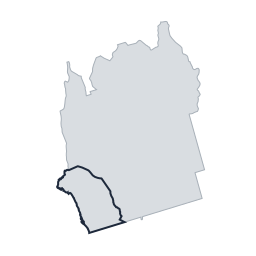 Red Sea highlighted on a map of Sudan, rotated 163°
{"feature_id": "SDN-149", "entity_name": "Red Sea", "entity_type": "State", "adm_level": 1, "iso_a3": "SDN", "parent_name": "Sudan", "parent_adm1": "", "projection": "equal_earth", "projection_center": [36.534, 19.492], "detail": "fine", "context": "in_parent", "style": "outline", "palette": "slate", "viewbox_px": 256, "rotation_deg": 163, "n_neighbors": 0, "source": "natural_earth", "source_scale": "10m", "svg_char_len": 7383}
<svg xmlns="http://www.w3.org/2000/svg" viewBox="0 0 256 256"><g transform="rotate(163 128 128)"><path d="M167.2,208.8L165.3,208.8L165.1,208.2L165.1,206.6L165.3,205.3L166.0,203.3L165.9,202.2L166.0,200.7L165.5,198.9L160.9,193.9L160.0,192.5L157.6,191.2L158.0,189.8L157.0,179.4L157.5,178.2L157.7,176.4L157.7,174.8L158.3,172.2L158.4,171.0L153.5,171.0L153.4,172.1L153.7,173.4L153.6,173.9L146.9,173.9L149.6,178.0L149.7,179.8L149.5,182.0L149.6,183.4L149.7,184.3L150.4,186.2L150.4,186.5L150.2,186.9L145.4,192.3L144.6,194.9L143.9,196.2L142.5,198.4L138.1,204.2L137.4,204.6L134.0,204.8L133.7,204.9L133.4,205.2L130.4,201.7L125.7,197.6L122.5,199.8L121.6,200.5L121.6,202.5L121.1,203.5L120.2,204.6L117.8,205.3L116.6,205.9L115.2,207.0L113.7,208.9L113.6,209.8L113.7,210.7L105.6,210.7L105.1,210.0L103.9,206.9L103.1,207.1L95.7,206.7L94.7,207.1L92.5,208.3L91.5,208.5L90.4,207.9L86.5,201.9L85.7,201.2L84.8,199.7L84.0,199.1L83.7,198.7L83.7,198.0L83.7,196.7L83.4,195.9L82.8,195.7L77.6,197.1L76.8,196.9L75.7,197.2L75.3,197.4L74.9,198.2L74.8,199.9L74.6,200.7L74.2,201.6L72.7,203.6L72.4,204.5L72.4,206.8L72.3,207.9L72.1,208.5L71.4,209.3L71.2,209.8L70.9,212.7L70.0,214.5L69.8,215.1L69.8,216.3L69.6,216.7L67.3,217.7L66.4,218.4L65.8,219.4L65.7,219.8L64.7,219.4L63.4,219.2L60.9,218.9L59.9,218.4L59.5,217.7L59.6,216.0L59.4,215.6L59.0,215.3L58.8,214.5L58.8,213.6L60.2,211.6L60.4,210.5L60.8,205.4L60.8,203.9L59.8,201.0L57.5,196.1L56.9,195.2L54.0,191.1L53.7,190.5L53.0,188.8L53.8,185.1L53.9,184.1L53.7,183.0L53.0,182.2L52.3,182.1L51.5,181.1L50.9,180.6L50.4,179.8L50.1,178.5L50.4,174.2L50.2,173.6L49.5,173.4L49.3,173.1L49.4,172.3L49.0,169.8L48.6,167.7L48.8,166.5L48.2,165.0L47.0,164.3L44.7,164.8L43.9,164.7L43.4,164.5L43.1,163.9L42.9,163.2L43.1,162.2L43.8,160.3L44.7,158.8L46.4,157.4L46.9,156.7L47.2,155.9L47.2,154.9L47.1,153.9L47.0,153.0L46.5,151.8L46.1,150.4L46.1,149.4L46.3,148.8L46.8,147.9L48.5,146.3L50.3,145.0L50.6,144.5L50.5,143.9L49.7,142.8L49.5,140.7L49.1,139.2L50.0,138.1L50.6,137.7L51.7,137.3L52.1,136.9L52.2,136.0L52.2,135.1L52.6,134.5L53.1,133.1L53.5,132.5L54.8,130.9L55.1,129.9L55.3,128.9L55.0,125.9L55.8,124.6L56.7,123.6L58.1,123.6L60.3,123.4L61.8,123.0L62.8,123.0L65.2,123.5L65.5,123.3L65.6,122.5L67.0,65.7L76.8,65.7L77.0,65.6L77.7,39.0L139.5,39.0L140.0,38.9L141.0,36.4L141.4,36.2L142.0,36.4L142.2,36.9L141.7,39.0L195.6,39.0L195.7,42.0L196.2,44.4L197.7,47.9L199.0,49.8L199.5,50.8L199.5,51.3L199.4,51.7L199.0,51.2L198.4,50.9L198.3,52.5L198.6,55.8L199.2,58.2L198.8,60.3L198.8,64.0L199.5,68.4L199.4,71.2L200.5,77.8L201.6,81.4L202.2,82.3L202.9,82.8L204.2,83.1L206.2,85.0L207.7,87.0L208.2,88.0L209.0,89.1L209.5,88.9L209.8,88.6L210.3,89.5L212.7,91.5L213.1,92.4L212.2,93.3L211.2,94.9L210.7,96.3L210.5,96.8L209.7,97.7L209.5,98.1L209.2,98.4L208.8,98.4L208.0,98.9L207.2,98.7L206.5,99.0L206.2,99.3L205.6,99.6L204.8,99.8L203.5,101.0L202.4,101.6L202.1,102.1L201.5,104.5L201.1,105.2L199.4,105.2L198.6,105.4L197.6,105.2L197.0,105.2L196.9,105.7L196.7,107.8L196.7,108.7L195.8,111.1L196.1,115.5L195.2,118.8L195.1,119.6L194.2,122.3L193.7,123.2L192.6,128.2L192.1,129.7L191.2,131.3L192.2,143.2L191.3,146.9L191.4,148.9L190.8,151.8L190.3,153.2L189.6,154.8L189.0,156.6L188.5,159.1L188.1,163.7L187.9,164.1L185.0,164.7L184.1,165.0L183.5,165.5L182.7,166.7L181.2,169.9L180.4,171.9L179.2,174.6L177.8,176.5L177.5,177.5L177.3,179.2L176.7,182.0L176.2,183.9L176.3,185.5L175.9,188.2L175.9,189.6L175.4,190.3L174.8,191.0L174.3,191.2L172.3,189.4L170.8,190.6L169.9,192.4L169.2,194.2L169.6,198.0L169.6,198.8L169.4,199.7L168.0,203.4L167.6,205.1L167.2,208.1L167.2,208.8Z" fill="#d9dde1" stroke="#a8b0b8" stroke-width="1"/><path d="M213.0,92.4L211.6,94.0L211.3,94.5L210.7,96.5L210.4,97.1L210.2,97.3L209.7,97.6L209.6,97.8L209.5,98.1L209.5,98.4L209.5,98.7L209.3,98.9L209.1,98.9L208.9,98.8L208.8,98.6L208.6,98.5L208.2,98.6L208.1,98.8L208.2,99.1L208.1,99.3L207.9,99.5L207.7,99.5L207.7,99.2L207.7,98.9L207.7,98.7L207.4,98.6L207.1,98.7L206.4,99.3L206.1,99.8L205.9,100.0L205.7,100.1L205.2,99.6L204.6,99.8L204.2,100.8L203.8,101.1L203.4,101.2L202.0,101.7L201.9,101.8L202.0,102.5L202.0,102.8L202.0,103.4L201.9,103.6L201.7,104.1L201.6,104.4L201.6,104.7L201.0,105.6L200.1,105.2L199.8,105.3L199.3,105.7L199.0,105.7L198.8,105.7L198.3,105.8L198.2,105.7L197.8,105.4L197.7,105.4L197.4,105.3L197.3,105.2L197.1,105.1L196.9,105.0L196.7,105.0L187.5,106.1L187.3,106.1L187.0,106.0L183.4,103.6L178.5,99.3L178.1,98.8L177.9,98.5L177.0,96.6L175.7,93.3L175.5,92.9L175.1,92.4L173.9,90.9L171.6,89.2L169.8,88.2L168.3,87.6L168.1,87.5L168.0,87.3L163.4,72.8L163.4,72.6L163.4,72.4L163.7,71.4L163.9,70.8L163.9,70.5L163.9,69.9L163.8,67.7L163.3,65.7L163.2,64.9L163.3,63.9L163.4,62.5L163.7,61.7L163.8,61.4L163.7,61.1L163.7,60.9L163.7,60.1L163.8,59.5L163.8,59.4L163.7,59.0L163.6,58.5L163.4,58.0L163.3,57.8L163.1,57.3L163.1,57.2L162.9,57.0L162.7,56.5L162.5,55.8L162.5,55.7L162.4,55.6L161.9,55.4L161.7,55.4L161.5,55.2L161.4,55.1L160.7,53.9L160.0,53.4L159.9,53.2L159.8,52.9L159.8,52.7L159.8,52.4L160.0,51.6L160.0,51.3L160.1,50.9L160.0,49.9L160.1,49.7L160.4,49.2L160.5,48.9L160.6,48.4L160.6,48.2L160.6,47.8L160.5,47.5L160.5,47.4L160.5,46.8L160.5,46.7L160.4,46.4L160.3,46.2L160.2,46.1L160.0,45.9L159.9,45.6L162.7,42.8L158.8,39.0L159.0,39.0L161.1,39.0L163.4,39.0L165.7,39.0L167.9,39.0L168.0,39.0L170.3,39.0L172.6,39.0L174.9,39.0L177.3,39.0L179.6,39.0L181.9,39.0L184.2,39.0L186.5,39.0L188.8,39.0L191.1,39.0L193.4,39.0L195.7,39.0L195.6,39.3L195.3,39.4L195.5,39.6L195.6,39.8L195.6,41.4L195.9,43.2L195.8,43.6L195.9,43.8L195.9,44.0L196.0,44.2L196.1,44.3L196.7,46.0L198.0,48.5L198.9,49.5L199.9,51.2L200.0,51.5L199.9,52.0L199.6,52.0L199.4,52.2L199.2,52.0L198.9,51.4L198.8,51.1L198.8,50.9L199.0,50.9L199.0,51.0L199.1,51.3L199.4,51.5L199.5,51.6L199.6,51.4L199.3,51.1L199.2,50.5L199.1,50.3L198.9,50.4L198.6,50.1L198.5,50.3L198.4,50.1L198.4,49.8L198.5,49.6L198.4,49.3L198.1,49.2L197.9,49.5L197.9,49.8L197.9,50.1L198.1,50.2L198.1,50.3L198.1,50.5L198.1,50.9L198.1,51.1L197.9,51.4L197.7,51.5L197.8,51.8L198.1,52.2L198.4,53.0L198.5,53.9L198.6,55.6L198.7,56.5L199.2,58.0L199.2,58.9L199.2,59.1L199.1,59.3L199.0,59.5L198.7,59.4L198.7,59.6L198.7,60.0L198.6,60.9L198.7,61.5L199.0,62.5L199.0,62.9L199.1,63.4L199.1,64.0L199.0,64.5L199.0,64.8L198.8,64.9L198.8,65.1L198.8,65.4L198.9,65.9L199.5,68.0L199.6,68.5L199.6,69.3L199.5,69.6L199.3,70.0L199.4,71.0L199.3,71.3L199.4,71.5L199.6,71.9L199.8,72.6L200.2,75.5L200.2,76.9L200.3,77.0L200.5,77.2L200.5,77.3L200.5,77.6L200.7,78.1L200.8,78.8L201.0,79.6L201.2,80.2L201.3,80.9L201.4,81.1L201.6,81.6L201.8,82.2L202.2,82.5L202.3,82.8L202.6,82.9L203.3,82.7L203.7,82.5L203.7,82.8L203.9,82.9L204.1,83.0L204.3,82.9L204.4,83.1L204.4,83.3L204.6,83.5L204.5,84.0L204.7,83.9L204.8,83.9L204.9,84.0L205.1,84.2L206.2,84.6L206.6,85.1L206.9,85.7L207.3,86.3L207.6,86.5L208.0,86.7L208.2,86.9L208.0,87.2L207.8,87.3L207.7,87.8L208.0,88.6L208.5,89.1L209.0,89.3L209.4,89.2L209.5,88.7L210.0,88.4L210.1,88.5L209.9,88.7L209.8,88.8L209.7,88.9L209.7,89.1L209.6,89.4L209.3,89.4L209.2,89.4L209.1,89.6L209.3,89.6L209.6,89.5L209.8,89.6L210.0,89.7L210.2,89.8L210.4,89.8L210.6,89.9L210.8,89.9L210.8,89.7L210.7,89.7L210.9,89.5L211.1,89.7L211.4,90.4L211.3,90.6L211.5,90.7L211.9,90.6L212.0,90.8L212.0,91.3L212.1,91.5L212.3,91.5L212.4,91.3L212.4,91.0L212.2,90.8L212.4,90.9L212.8,91.4L212.9,91.7L212.9,91.9L212.9,92.0L213.0,92.3L213.0,92.4ZM199.5,54.2L199.6,54.3L199.7,54.5L199.6,55.4L199.5,55.6L199.4,55.6L199.3,55.3L199.3,54.9L199.4,54.4L199.5,54.2Z" fill="none" stroke="#1e293b" stroke-width="2"/></g></svg>